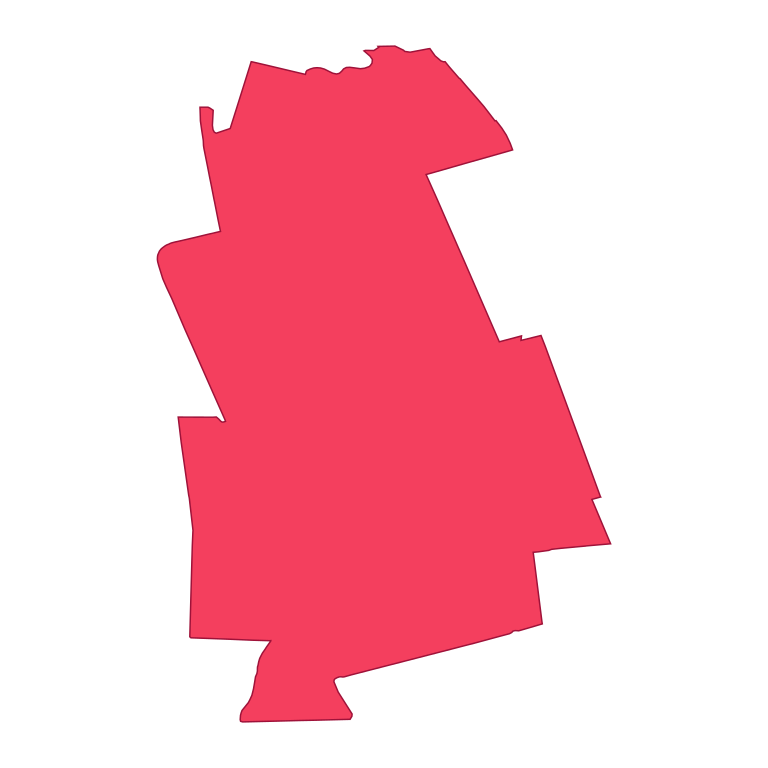 Surdila-Gaiseanca, Braila, Romania (Natural Earth projection)
{"feature_id": "2599482B95731435419780", "entity_name": "Surdila-Gaiseanca", "entity_type": "district", "adm_level": 2, "iso_a3": "ROU", "parent_name": "Romania", "parent_adm1": "Braila", "projection": "natural_earth1", "projection_center": [27.332, 45.064], "detail": "fine", "context": "isolated", "style": "filled", "palette": "rose", "viewbox_px": 768, "rotation_deg": 0, "n_neighbors": 0, "source": "geoboundaries", "source_scale": "gbopen_adm2", "svg_char_len": 2958}
<svg xmlns="http://www.w3.org/2000/svg" viewBox="0 0 768 768"><path d="M242.7,721.9L276.4,721.1L299.7,720.5L315.0,720.2L322.9,720.0L350.1,719.3L351.9,716.3L352.1,714.0L338.2,692.1L333.9,681.8L334.2,679.8L334.9,678.9L337.0,677.7L338.4,677.2L339.2,676.9L340.3,676.8L341.1,676.8L342.0,676.9L342.9,677.0L344.4,676.8L351.1,674.9L452.5,648.8L464.0,645.8L475.4,642.9L492.7,638.2L500.1,636.2L504.2,635.1L509.5,633.7L511.7,632.5L513.0,631.1L515.0,630.6L517.4,630.7L518.7,630.8L523.6,629.4L539.9,624.6L542.3,623.9L542.0,622.2L534.7,564.1L533.2,552.3L538.5,551.8L548.7,550.4L551.7,549.3L561.9,548.2L562.1,548.2L586.0,546.0L586.3,545.9L610.6,543.8L591.9,499.4L600.6,497.0L600.5,496.9L582.7,448.3L567.4,406.6L545.3,346.5L541.0,335.5L521.0,340.4L521.5,335.9L499.3,341.8L498.8,340.7L464.2,261.0L458.2,247.4L453.4,236.4L448.9,226.2L437.7,200.5L426.6,175.7L426.1,174.5L431.3,173.1L464.8,163.5L511.0,150.4L512.6,149.9L510.2,143.3L506.3,135.1L501.8,128.1L496.0,120.6L495.0,120.9L484.1,106.7L477.7,99.2L465.4,85.1L460.1,78.8L459.0,78.1L449.2,66.8L445.1,61.7L443.5,61.8L441.7,61.2L440.8,60.8L435.1,55.9L429.9,48.6L428.2,48.8L410.1,52.2L404.7,51.4L403.5,50.2L395.0,46.1L378.0,46.4L378.7,47.4L373.9,50.5L365.3,50.4L364.0,50.9L370.0,56.1L372.4,59.5L372.0,63.2L370.3,65.6L369.1,66.6L364.7,68.2L360.4,68.7L354.6,67.9L349.8,67.3L346.3,67.5L343.6,68.9L341.8,71.1L339.4,73.3L336.5,74.0L332.7,73.2L328.8,71.3L328.4,71.1L328.0,70.9L324.4,69.1L320.6,68.0L317.0,67.7L313.6,68.0L310.3,69.0L307.0,70.5L306.1,71.7L305.4,74.4L298.2,72.7L291.0,71.0L266.2,65.1L252.4,61.9L251.7,61.8L251.2,61.7L241.9,91.4L233.3,118.7L230.2,128.5L216.2,133.2L214.3,132.2L213.0,129.7L212.4,125.3L213.2,110.3L209.9,108.1L208.0,107.2L200.0,107.2L200.0,108.2L200.1,110.3L200.3,116.6L200.4,120.9L201.7,130.1L203.1,139.2L203.2,140.0L203.3,140.9L203.5,145.6L204.0,148.8L207.7,167.3L209.5,176.6L211.4,185.9L214.0,199.3L214.5,201.6L218.1,219.9L220.1,229.6L220.5,231.4L206.7,234.6L195.6,237.3L177.9,241.4L175.0,242.0L173.5,242.4L171.6,242.9L170.2,243.4L169.1,244.0L166.8,244.9L165.2,245.8L162.5,247.8L161.1,249.0L159.4,251.2L157.8,254.9L157.6,256.0L157.5,256.7L157.4,258.2L157.4,259.8L157.7,261.8L158.7,265.6L162.8,278.8L166.5,287.3L171.8,298.6L184.1,327.4L185.8,331.3L192.9,347.2L213.1,393.0L225.0,419.8L225.5,421.4L223.5,422.0L222.5,422.1L221.8,421.9L220.7,421.2L219.9,420.3L219.2,419.6L218.8,419.1L218.3,418.7L217.4,417.9L216.3,417.0L213.2,417.2L208.7,417.2L178.2,417.1L181.2,442.3L188.7,495.2L189.3,498.1L193.0,530.6L192.9,531.7L192.3,545.5L190.9,596.5L189.8,636.8L190.9,637.8L204.8,638.3L229.2,639.2L252.6,640.2L269.7,640.7L270.8,640.6L270.7,641.1L266.4,647.2L265.2,649.1L262.3,653.3L261.1,655.6L259.7,658.4L258.7,661.8L258.0,665.4L257.5,666.9L257.4,669.2L257.4,671.0L256.9,673.6L255.5,676.8L254.7,681.9L253.5,688.9L251.9,695.3L249.9,699.7L248.3,702.7L247.4,703.8L242.0,710.5L241.6,711.6L241.2,712.7L240.5,715.3L240.2,719.6L240.6,721.3L241.6,721.6L242.7,721.9Z" fill="#f43f5e" stroke="#9f1239" stroke-width="1.5"/></svg>